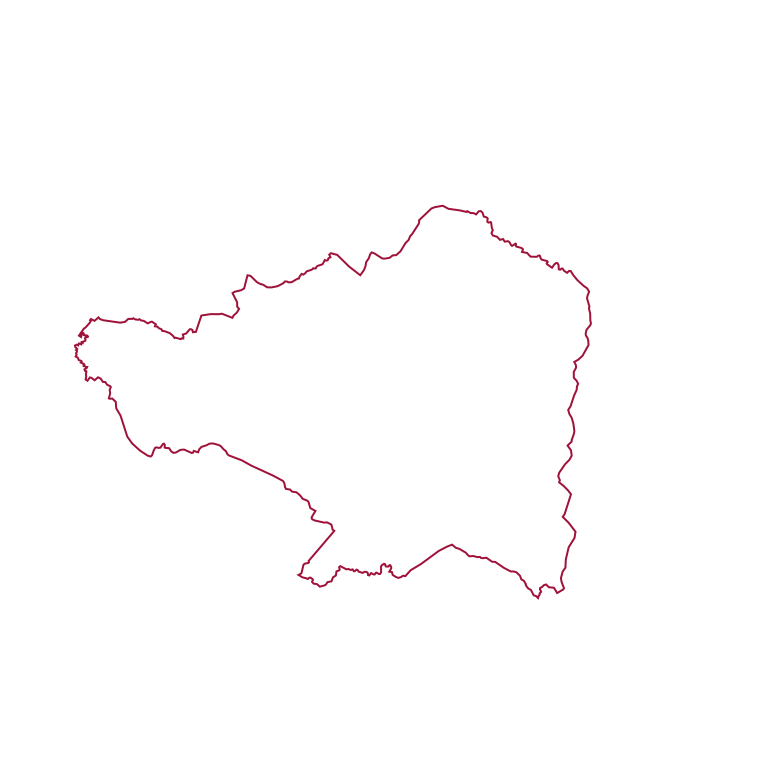 the district of Cam Lo, Quảng Trị, Vietnam, rotated 219°
{"feature_id": "81297802B81560237884054", "entity_name": "Cam Lo", "entity_type": "district", "adm_level": 2, "iso_a3": "VNM", "parent_name": "Vietnam", "parent_adm1": "Quảng Trị", "projection": "orthographic", "projection_center": [107.0, 16.785], "detail": "fine", "context": "isolated", "style": "outline", "palette": "rose", "viewbox_px": 768, "rotation_deg": 219, "n_neighbors": 0, "source": "geoboundaries", "source_scale": "gbopen_adm2", "svg_char_len": 6154}
<svg xmlns="http://www.w3.org/2000/svg" viewBox="0 0 768 768"><g transform="rotate(219 384 384)"><path d="M651.5,229.6L649.0,229.9L650.3,232.7L650.0,234.3L649.3,234.4L648.1,233.1L645.1,234.9L643.9,234.6L643.8,234.0L645.4,232.3L645.1,231.2L643.8,230.6L643.3,229.7L644.4,227.6L644.0,226.6L645.1,226.7L645.5,226.2L644.2,224.3L646.5,223.6L646.0,221.5L647.4,221.4L648.4,219.4L647.0,218.4L644.5,218.2L644.7,216.6L643.6,216.6L642.9,215.8L642.7,214.1L641.3,213.3L640.9,211.3L638.6,211.8L636.2,210.5L633.7,211.5L632.9,211.0L633.0,209.9L630.2,210.7L629.3,210.6L629.3,209.5L628.7,208.9L627.5,209.7L626.6,209.5L625.4,210.4L625.1,209.3L626.0,206.9L624.7,206.1L623.4,206.6L622.9,206.2L622.1,204.3L620.1,202.4L618.7,199.7L616.5,199.9L616.7,204.0L615.2,204.7L611.2,204.8L610.5,209.2L607.5,209.9L603.8,208.7L601.9,210.1L598.8,209.2L595.0,210.0L594.3,209.6L593.6,206.9L590.9,204.4L588.8,199.7L587.9,199.9L586.0,201.7L581.2,201.3L576.8,196.6L568.8,193.6L550.3,181.5L542.3,179.3L531.6,178.7L522.6,179.6L519.7,180.8L519.4,182.5L521.2,187.7L521.7,190.5L521.0,191.5L518.8,192.6L517.7,193.8L518.0,198.2L517.5,199.1L516.0,198.7L514.5,196.6L514.0,196.6L510.6,198.9L506.9,197.7L504.1,198.1L502.6,199.8L500.8,204.6L498.2,207.2L490.0,209.4L489.2,210.5L489.7,212.3L485.5,213.9L486.5,216.9L486.3,220.2L483.2,225.0L482.1,227.8L479.5,230.2L474.0,232.6L471.5,233.0L467.7,232.3L464.6,232.3L461.5,230.9L459.9,230.8L446.4,235.2L435.5,237.1L412.9,242.9L401.5,245.1L399.0,244.2L396.0,241.6L394.1,240.8L390.5,242.9L387.7,242.5L383.8,244.8L379.0,244.6L375.0,243.6L370.0,245.1L368.2,244.7L363.2,241.2L357.4,242.2L356.4,235.1L355.6,234.0L354.6,233.7L351.8,234.4L343.3,238.6L341.0,240.7L336.4,241.6L332.3,238.5L330.2,238.6L331.2,199.0L330.1,198.2L330.3,197.2L332.6,194.4L332.8,192.8L329.2,185.3L329.2,184.4L330.3,181.8L325.5,182.5L321.9,184.2L321.0,184.2L320.4,184.8L320.1,186.5L319.2,187.3L316.4,187.4L315.9,187.0L315.5,185.0L313.1,184.5L310.3,186.3L306.4,186.1L303.3,190.3L302.9,191.7L303.2,194.5L300.6,197.6L302.0,201.6L300.9,204.8L303.0,208.5L301.5,211.2L301.8,212.0L303.6,213.4L303.3,215.0L296.6,216.3L295.2,217.9L293.0,218.4L291.7,220.2L289.7,219.5L289.0,220.0L288.5,222.5L287.2,222.8L285.7,222.2L281.7,223.8L280.9,225.8L279.3,227.0L277.7,226.9L276.2,225.5L275.0,225.9L275.0,228.9L272.1,229.5L271.4,230.1L271.5,232.2L271.0,232.8L268.4,233.1L267.5,233.9L267.7,235.8L271.3,240.1L271.7,241.6L270.8,244.3L269.5,244.6L268.8,243.8L267.6,243.4L265.7,244.9L265.7,246.7L265.0,247.1L263.2,246.3L262.3,245.1L261.8,241.5L259.4,242.8L257.1,241.1L253.4,241.5L250.9,242.3L249.4,244.4L248.5,247.1L246.5,248.1L246.1,256.0L241.9,267.6L236.4,288.7L232.6,297.4L230.0,302.0L225.2,301.9L221.6,303.3L214.2,304.4L211.3,303.8L209.1,303.9L206.5,306.4L202.4,308.3L200.6,310.0L199.4,309.8L197.8,310.6L195.1,313.4L188.1,313.9L185.7,315.7L175.0,316.6L168.8,317.8L167.3,318.2L165.4,319.8L162.8,321.0L157.8,320.6L154.2,318.6L151.3,319.1L147.6,317.6L147.1,316.8L143.4,315.9L140.2,316.4L134.7,314.0L132.3,314.9L129.6,314.6L130.5,316.7L130.4,318.1L131.3,319.3L131.1,321.4L133.5,322.5L134.3,323.6L133.4,325.7L133.1,328.4L131.9,330.2L128.0,329.8L123.7,332.6L117.9,330.5L115.4,337.2L115.6,338.6L121.1,341.7L124.3,344.4L127.1,350.7L127.4,355.4L132.3,362.1L137.7,373.3L139.1,384.3L142.2,389.7L153.4,392.4L161.4,393.2L161.8,396.7L169.3,416.0L173.9,417.1L179.8,417.8L186.0,417.8L186.8,419.9L190.5,421.9L192.0,425.2L192.8,435.5L192.2,441.7L193.0,446.4L196.9,450.1L202.6,451.7L201.9,457.3L202.8,458.4L205.1,464.9L206.5,467.3L211.9,472.4L217.0,475.9L220.9,477.3L224.5,479.7L225.0,484.1L229.1,494.9L230.5,500.5L232.6,503.7L233.2,506.3L236.3,507.7L240.4,508.3L244.1,512.8L245.0,517.4L245.5,518.2L246.9,519.5L250.0,520.9L248.3,525.3L247.5,531.0L249.6,543.0L252.5,546.2L254.7,547.8L257.7,548.8L259.2,550.4L260.7,553.6L260.7,559.9L261.4,561.4L263.6,563.2L268.3,568.7L272.3,571.7L273.0,573.4L280.1,578.3L281.3,580.4L282.7,584.8L286.4,586.2L290.4,585.9L298.9,586.4L305.4,587.7L310.0,589.3L311.3,588.4L311.7,585.6L315.4,585.3L317.9,586.1L318.7,585.3L319.0,583.7L320.3,583.1L323.2,586.3L325.3,587.1L326.3,586.4L326.9,584.2L326.6,580.1L332.8,579.7L333.5,580.1L333.6,581.9L334.6,582.2L339.6,579.9L341.1,580.1L343.4,581.7L344.1,581.7L344.9,580.8L345.1,579.4L345.9,578.5L350.3,575.2L355.2,575.9L359.8,573.5L360.7,576.0L361.3,576.3L363.1,576.1L367.6,574.1L368.5,574.3L369.5,575.9L370.1,575.9L371.4,571.9L372.6,571.9L375.8,573.2L377.5,573.0L379.8,570.6L382.7,571.6L384.6,569.0L388.7,569.6L392.9,567.9L395.4,568.9L396.2,571.9L398.4,573.2L402.5,577.0L403.3,576.8L404.2,575.3L405.2,575.0L405.9,575.2L407.7,578.0L409.4,578.0L411.8,576.9L415.2,579.1L417.6,579.3L419.1,577.8L419.1,573.8L421.9,573.2L424.2,571.4L428.1,570.7L428.1,569.7L434.2,566.7L444.2,560.7L450.5,559.5L455.8,553.4L457.6,550.3L459.8,533.2L458.6,532.2L457.8,530.1L456.5,518.2L456.7,515.3L455.5,511.4L456.0,507.1L454.7,497.5L455.6,491.9L458.2,489.4L459.1,485.5L462.8,481.4L464.7,480.4L473.4,479.5L476.4,478.5L476.4,476.0L475.0,472.4L474.5,467.3L472.6,464.1L471.3,460.0L470.9,453.6L485.0,453.3L501.6,454.9L507.6,452.2L507.9,450.0L505.4,448.8L506.3,446.7L505.6,444.8L506.5,443.5L508.0,443.1L507.1,438.4L509.9,434.0L510.2,432.7L509.8,430.8L511.9,429.3L511.8,428.2L512.5,426.7L515.0,422.8L514.9,420.7L515.5,418.3L517.3,417.7L517.2,414.2L516.5,412.4L517.6,411.1L519.9,404.9L522.1,403.0L523.8,402.6L525.5,401.4L525.7,398.9L528.2,393.1L532.1,388.4L535.6,385.6L540.4,385.1L543.0,383.9L546.8,383.2L555.9,384.0L558.5,382.6L552.8,370.2L554.1,366.9L558.2,361.6L558.9,359.3L549.6,355.1L546.6,351.6L543.9,351.2L543.3,346.6L544.0,342.7L543.5,340.0L554.2,336.6L556.2,334.4L562.9,329.0L569.0,322.3L563.0,306.1L565.1,304.0L566.8,305.4L568.5,305.1L569.4,304.3L569.5,298.8L571.5,295.8L569.7,294.6L568.6,293.0L570.1,292.1L570.1,291.0L575.2,288.8L575.7,287.9L578.0,288.6L582.6,288.7L587.9,286.9L589.8,285.7L591.3,286.5L594.2,285.7L596.1,286.0L598.3,284.7L598.9,286.8L603.4,286.4L604.0,286.0L605.8,282.4L610.3,281.9L612.9,280.5L614.8,280.5L615.2,279.4L617.8,277.7L620.2,277.3L620.4,276.4L623.7,273.6L624.4,269.2L627.7,265.6L642.4,256.8L645.8,255.7L647.8,256.1L648.7,250.9L652.6,250.1L652.6,248.6L651.6,248.5L651.2,246.7L651.5,240.3L652.1,238.0L651.5,229.6Z" fill="none" stroke="#9f1239" stroke-width="2"/></g></svg>